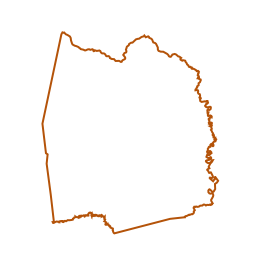 outline of Nhamatanda, Sofala, Mozambique, rotated 353°
{"feature_id": "85939544B48412147332355", "entity_name": "Nhamatanda", "entity_type": "district", "adm_level": 2, "iso_a3": "MOZ", "parent_name": "Mozambique", "parent_adm1": "Sofala", "projection": "mercator", "projection_center": [34.409, -19.305], "detail": "fine", "context": "isolated", "style": "outline", "palette": "amber", "viewbox_px": 256, "rotation_deg": 353, "n_neighbors": 0, "source": "geoboundaries", "source_scale": "gbopen_adm2", "svg_char_len": 5871}
<svg xmlns="http://www.w3.org/2000/svg" viewBox="0 0 256 256"><g transform="rotate(353 128 128)"><path d="M202.8,213.0L201.8,210.7L201.7,209.6L203.9,206.6L204.4,205.5L204.4,204.2L204.1,203.5L203.5,203.1L201.7,203.2L200.8,202.8L200.0,201.6L200.1,200.0L200.7,199.1L201.4,198.8L202.1,199.3L203.8,201.5L204.6,201.8L205.3,201.5L207.1,199.2L207.5,194.1L209.6,193.0L211.0,191.4L208.7,187.3L208.4,187.3L208.0,187.7L207.9,189.4L207.0,190.0L206.0,191.2L203.3,188.2L203.0,187.6L203.4,187.2L204.9,187.9L205.8,187.6L206.3,186.8L206.3,186.1L204.9,182.2L204.6,182.1L203.4,182.5L202.9,182.3L202.5,180.7L201.5,179.2L201.9,178.7L203.9,177.9L203.3,176.5L203.5,176.0L205.4,173.3L207.2,171.8L208.3,170.3L207.6,170.3L206.1,172.0L204.4,172.8L202.9,172.4L201.7,171.4L201.3,170.4L201.4,170.1L202.2,169.7L205.3,169.4L206.8,168.4L206.9,167.7L206.5,167.0L204.4,167.6L203.5,167.3L202.3,166.2L203.3,164.3L204.7,164.7L205.5,164.7L206.6,164.0L206.8,163.5L207.8,163.1L207.7,162.1L206.9,161.0L206.5,160.8L205.9,161.0L205.9,161.8L205.4,162.4L204.4,162.7L203.8,162.2L203.6,161.2L204.6,159.7L204.7,158.4L205.3,158.0L205.5,157.2L206.0,156.6L207.1,156.8L207.4,156.7L207.6,154.9L208.4,154.1L208.8,154.0L209.4,154.5L209.5,156.1L210.1,156.4L210.5,156.2L210.8,155.4L210.3,153.2L211.4,152.2L212.9,151.9L212.5,150.7L213.7,150.8L214.2,150.0L213.7,149.3L212.6,149.3L212.6,148.8L213.2,148.1L211.7,147.7L211.7,147.4L212.3,147.0L212.4,145.5L212.1,145.1L211.2,145.4L211.1,145.2L211.8,143.7L211.1,142.6L210.7,141.1L210.1,140.0L211.1,139.1L210.8,138.2L210.9,137.2L209.8,136.4L211.1,136.3L211.4,135.9L210.0,134.7L210.7,134.7L211.6,134.3L211.9,133.3L211.6,132.9L211.1,132.9L209.9,133.6L208.9,133.1L208.8,132.6L209.8,131.2L209.1,129.6L209.3,128.6L210.3,128.7L210.5,127.8L211.4,127.3L212.3,127.7L212.5,126.8L212.1,126.1L211.0,125.5L209.3,125.9L208.9,125.7L208.8,124.8L209.2,123.7L209.0,123.2L208.8,123.1L208.8,122.6L209.6,122.7L209.8,122.3L209.1,122.1L208.9,121.8L208.9,120.0L209.5,119.7L209.9,119.0L210.6,119.9L211.1,120.0L212.2,119.4L212.7,118.1L212.7,117.4L212.0,116.9L210.0,117.2L208.7,117.0L208.1,116.7L207.3,115.7L207.3,115.2L208.1,114.5L208.4,113.8L209.6,113.5L210.5,112.7L210.2,110.9L209.2,110.8L208.7,111.4L207.4,110.9L204.3,111.1L203.1,110.2L202.9,108.7L203.9,107.4L203.8,107.1L203.1,107.3L202.6,106.6L203.5,104.9L203.4,103.3L202.2,102.6L201.7,101.5L202.1,100.2L202.1,99.3L201.2,99.0L201.0,98.6L199.5,98.8L199.5,98.6L199.8,97.9L200.5,97.5L201.0,96.5L201.6,96.2L201.7,95.1L203.3,94.2L203.5,92.2L205.0,91.3L206.1,89.3L206.0,88.7L204.6,88.0L204.6,86.7L203.9,87.4L203.2,87.2L204.4,85.4L203.6,84.0L204.2,83.3L204.2,82.4L204.9,81.9L204.7,81.4L205.2,80.8L204.8,80.1L204.4,79.8L203.1,79.9L202.7,79.0L201.1,77.7L200.0,77.1L199.2,77.1L199.2,76.6L198.8,75.9L198.2,76.3L197.5,74.9L196.4,75.0L195.8,74.5L195.6,73.3L194.4,72.1L194.1,70.8L193.3,69.6L193.0,68.2L191.2,67.5L190.6,67.4L190.0,67.8L189.5,67.4L188.5,66.6L188.4,66.1L188.5,65.5L189.3,64.9L187.8,63.5L186.5,63.0L184.8,61.0L183.4,60.2L181.1,60.5L179.2,62.5L178.5,62.5L177.4,61.8L176.9,60.5L176.0,59.3L172.3,56.6L169.8,56.2L167.8,55.2L167.2,53.9L167.4,51.7L166.1,47.9L165.3,47.0L163.5,46.1L162.7,43.1L161.8,42.1L160.1,41.1L159.8,40.0L159.2,39.5L156.7,40.1L155.5,38.2L154.9,38.9L152.5,39.3L149.9,40.7L148.4,40.7L146.7,41.0L142.9,43.8L141.6,43.7L139.4,44.7L138.8,46.0L136.9,47.1L136.5,47.7L136.2,48.7L135.5,49.8L135.8,51.6L135.4,52.7L133.6,53.2L132.2,54.9L133.7,57.5L133.8,58.2L133.6,58.9L133.1,59.3L131.1,60.0L130.4,60.5L129.9,61.4L129.1,61.6L127.3,60.3L123.8,59.9L122.6,58.0L119.9,57.4L119.3,56.7L118.6,56.4L118.4,55.2L117.6,54.3L115.7,54.2L114.9,53.6L114.5,52.3L113.6,51.3L113.0,51.0L111.4,50.8L110.3,49.7L109.9,48.3L109.1,47.6L106.4,47.7L104.5,46.8L103.9,47.5L103.4,47.6L103.1,47.3L102.8,45.9L102.3,45.5L100.1,45.8L99.0,45.1L97.6,45.1L95.7,45.7L94.8,45.8L93.2,44.8L90.6,43.9L90.3,43.2L89.4,42.6L88.8,41.7L86.8,40.5L85.1,39.8L83.2,38.4L82.8,37.5L82.1,34.1L82.1,31.7L81.5,30.1L79.3,28.3L77.7,27.4L76.3,25.5L75.8,25.7L74.6,25.1L73.3,26.9L43.6,113.3L43.5,143.0L45.0,144.4L42.9,153.5L43.2,185.0L43.0,212.3L41.8,212.2L42.0,213.0L42.6,213.2L44.8,212.3L46.0,212.1L46.8,212.5L47.8,212.5L48.0,213.2L48.5,213.3L48.6,212.5L49.1,212.2L50.9,212.2L51.5,212.3L51.5,213.2L52.3,213.5L52.6,213.5L53.4,212.5L54.3,212.5L55.1,213.0L57.1,212.1L58.2,212.4L60.9,212.4L62.1,212.2L62.3,211.3L63.1,211.1L63.7,210.3L65.1,210.1L65.1,209.5L65.8,210.1L66.8,210.3L68.2,211.2L68.5,211.0L68.0,210.2L68.9,209.3L69.9,209.3L69.5,210.0L69.7,210.3L70.0,209.9L70.4,210.1L70.6,209.4L71.1,209.3L71.7,209.7L73.5,209.3L74.1,210.6L74.4,210.5L74.6,209.7L75.1,209.4L75.6,209.4L76.2,209.9L78.0,210.1L78.1,209.8L77.5,209.3L77.9,209.2L78.2,208.3L79.2,207.4L80.0,207.3L80.1,207.6L80.9,207.7L81.3,208.6L81.7,208.3L81.7,209.1L82.2,209.4L81.0,210.1L81.2,210.8L81.3,210.4L81.6,210.3L81.6,210.7L82.1,210.7L82.0,211.1L82.4,210.8L82.7,210.9L83.4,210.8L83.4,211.1L83.9,211.1L84.4,210.7L84.4,210.2L85.3,210.2L85.7,210.4L85.1,210.7L85.1,211.0L85.9,210.7L86.0,211.1L87.2,211.2L87.4,211.8L88.4,212.1L88.9,211.9L89.1,211.3L89.9,211.8L90.4,211.3L91.1,211.0L91.8,211.7L91.4,212.6L92.2,212.3L93.3,213.7L94.1,213.1L93.9,214.3L93.4,215.2L94.1,215.9L93.6,216.4L93.8,217.5L93.3,217.8L94.8,218.9L94.5,220.3L93.8,220.7L93.8,221.0L94.0,221.3L95.5,221.5L95.7,221.3L95.5,220.7L96.1,220.5L96.1,221.2L96.9,221.5L97.4,223.0L98.0,222.9L98.4,223.4L98.5,224.0L98.3,224.5L98.5,224.8L100.7,225.9L100.8,226.2L100.3,227.4L100.6,227.7L100.6,229.1L101.1,230.4L101.6,230.9L158.7,223.3L173.1,223.5L173.3,223.2L173.7,223.5L174.6,222.5L175.8,222.4L178.1,221.5L178.4,221.8L180.9,221.2L181.5,221.4L182.7,220.6L183.1,219.9L183.1,218.8L184.3,217.7L183.4,215.6L183.5,214.9L184.2,214.2L185.1,214.6L186.0,214.2L187.0,214.7L188.7,214.7L190.2,213.9L192.5,214.0L193.4,213.3L194.1,213.2L195.2,213.7L195.9,214.4L197.1,213.9L199.0,214.3L199.9,214.0L200.5,214.5L201.1,214.4L201.4,213.8L202.2,213.9L202.4,213.1L202.8,213.0Z" fill="none" stroke="#b45309" stroke-width="2"/></g></svg>